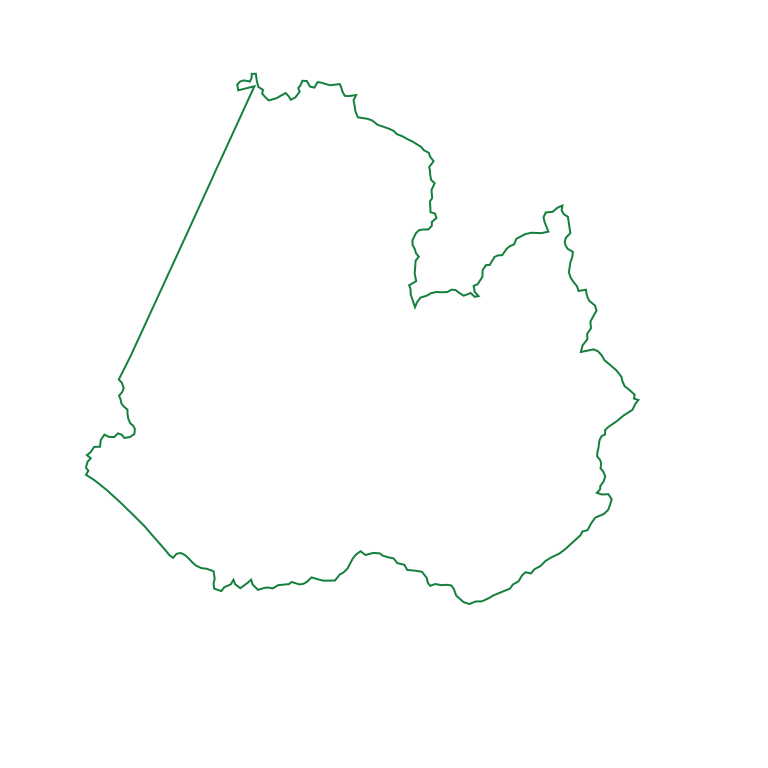 Guaratuba, Paraná, Brazil, rotated 114°
{"feature_id": "56859067B52183991417177", "entity_name": "Guaratuba", "entity_type": "district", "adm_level": 2, "iso_a3": "BRA", "parent_name": "Brazil", "parent_adm1": "Paraná", "projection": "orthographic", "projection_center": [-48.788, -25.795], "detail": "fine", "context": "isolated", "style": "outline", "palette": "green", "viewbox_px": 768, "rotation_deg": 114, "n_neighbors": 0, "source": "geoboundaries", "source_scale": "gbopen_adm2", "svg_char_len": 4294}
<svg xmlns="http://www.w3.org/2000/svg" viewBox="0 0 768 768"><g transform="rotate(114 384 384)"><path d="M480.0,164.5L474.3,160.6L467.7,154.9L462.0,151.7L442.6,143.1L437.9,142.7L434.8,138.6L426.7,138.0L420.2,136.7L413.2,130.2L408.0,128.1L403.0,128.3L396.7,129.1L393.4,134.2L396.4,140.2L396.8,145.3L392.4,143.7L389.2,144.9L383.5,143.7L378.4,144.3L374.6,148.4L373.1,151.8L368.0,153.4L365.4,155.8L363.5,159.8L359.9,161.2L354.3,162.3L350.7,163.5L347.0,164.3L342.8,163.9L340.2,161.5L336.2,163.3L331.9,161.5L323.5,156.4L315.3,152.3L306.5,146.5L300.3,146.4L295.2,145.1L295.6,149.8L291.9,150.6L289.7,157.0L288.1,163.3L284.6,167.2L280.9,170.0L277.0,177.3L275.2,183.3L273.9,187.6L272.6,192.3L269.3,196.7L267.1,201.8L267.1,206.6L274.7,217.2L268.0,218.3L260.4,216.4L255.6,218.8L248.9,217.6L243.2,220.8L235.0,220.2L230.7,219.6L226.5,223.1L224.5,230.4L221.9,233.4L218.7,236.0L215.7,237.9L219.9,244.1L216.1,247.6L213.6,252.6L210.8,256.9L206.8,260.5L196.8,263.3L192.1,263.5L186.4,265.2L185.9,271.1L183.5,274.5L180.6,276.8L176.2,277.3L170.4,275.1L156.5,284.0L155.7,288.9L153.1,292.3L148.4,293.6L152.4,297.2L158.2,300.0L161.5,306.0L166.8,306.1L170.5,303.4L177.9,295.8L182.2,301.6L185.9,310.9L189.6,315.9L197.4,322.1L203.6,322.0L206.9,325.1L210.7,327.0L218.2,328.4L220.2,332.3L223.0,334.7L232.3,335.9L233.9,339.2L239.9,340.2L246.0,337.7L254.6,339.0L258.0,342.0L263.0,338.6L265.2,333.4L267.5,336.7L265.6,341.8L268.3,344.4L270.9,347.2L270.1,352.5L269.1,356.9L270.3,360.6L274.3,363.6L277.2,369.7L278.7,373.7L282.3,378.4L285.5,380.4L290.2,385.8L296.3,387.1L301.2,386.9L291.6,395.8L286.5,398.4L283.6,401.2L276.9,396.4L270.9,400.8L258.4,405.3L253.6,403.9L251.6,407.8L248.2,410.8L245.4,414.4L241.2,416.5L233.5,416.2L229.4,414.7L227.2,411.6L224.7,406.3L219.9,404.7L216.5,406.2L211.0,403.6L207.6,406.7L208.1,411.4L202.5,414.2L198.3,416.3L194.6,415.6L187.5,419.5L179.9,419.4L178.4,424.0L173.9,427.0L170.2,428.9L167.4,431.0L160.3,429.3L157.6,434.3L154.6,437.1L154.2,442.9L152.2,446.7L151.7,450.8L150.9,456.6L150.8,461.5L150.2,468.0L150.5,474.0L148.8,478.4L148.8,483.9L149.2,488.5L149.8,495.2L148.1,501.9L148.4,506.7L151.0,516.4L146.3,521.2L143.0,523.2L137.2,527.2L131.4,527.0L135.4,533.5L136.7,537.0L133.7,541.0L130.8,543.4L128.0,546.3L130.1,550.0L133.1,554.9L134.2,563.8L135.3,567.5L141.5,568.1L142.4,572.5L138.6,577.8L140.2,581.9L145.2,581.8L148.6,582.7L151.2,580.0L158.2,581.5L162.2,584.7L159.8,588.3L158.2,592.2L162.7,595.6L166.6,598.4L171.8,604.6L170.3,609.0L168.3,613.4L164.5,614.2L163.7,619.6L158.8,623.5L152.7,627.3L154.5,631.0L158.0,629.5L162.2,629.5L163.6,635.4L166.1,638.4L170.0,639.9L175.0,636.6L164.7,623.5L245.4,624.4L255.8,624.6L260.3,624.6L267.6,624.6L327.8,625.2L454.4,626.8L459.8,626.8L487.8,628.1L489.5,624.0L493.8,620.0L497.8,619.9L502.4,621.3L505.1,618.5L508.6,615.9L510.5,612.4L511.7,608.0L515.5,606.2L519.2,603.9L523.1,599.9L524.1,596.3L526.4,593.3L531.3,591.7L535.7,594.5L538.9,599.2L537.0,603.0L537.3,606.9L542.2,608.9L544.2,613.9L544.0,618.8L550.4,620.0L556.8,617.9L559.3,623.2L565.7,624.3L569.8,626.5L571.1,621.7L575.6,623.2L581.6,622.3L583.5,618.8L588.2,619.3L589.5,610.2L591.3,602.9L592.6,598.0L593.7,593.9L595.3,589.1L597.2,583.3L599.0,578.0L600.9,572.6L602.5,568.5L604.1,563.9L606.0,558.8L608.0,553.6L610.0,548.3L611.6,544.2L613.6,540.2L616.6,533.8L619.1,528.3L622.0,522.0L624.9,515.8L627.5,510.7L628.6,506.0L623.4,504.4L621.1,501.0L621.2,496.2L623.0,491.0L624.8,486.8L626.3,482.1L626.5,476.1L624.9,470.8L624.4,463.5L627.8,461.3L630.8,459.5L635.8,458.5L640.0,455.9L639.4,448.4L634.5,447.2L629.4,442.5L624.1,441.9L627.5,438.5L629.0,432.2L620.7,427.5L616.8,425.8L620.7,422.3L623.3,415.4L619.6,411.1L617.4,408.0L615.9,402.4L610.9,399.0L605.5,389.5L602.4,387.8L601.5,379.8L599.5,376.5L596.4,374.1L590.2,371.6L589.1,363.8L588.3,359.3L583.5,348.9L575.7,346.8L573.0,344.5L567.5,342.3L556.4,341.6L551.2,340.2L546.3,337.4L547.8,331.4L542.7,325.2L540.5,319.2L541.3,315.0L540.6,309.5L539.4,304.4L542.2,299.0L540.9,291.9L544.4,287.1L541.7,279.1L540.1,273.0L543.7,266.2L547.9,263.0L549.6,259.7L545.9,255.9L544.5,250.0L542.3,245.8L540.6,240.7L542.8,236.9L547.9,232.0L550.9,222.7L550.3,216.6L545.4,211.8L542.7,206.1L536.8,201.0L532.5,198.0L519.7,185.7L514.8,184.7L509.7,180.9L502.5,180.0L498.4,178.1L497.3,172.7L492.0,171.2L486.8,167.1L480.0,164.5Z" fill="none" stroke="#15803d" stroke-width="2"/></g></svg>